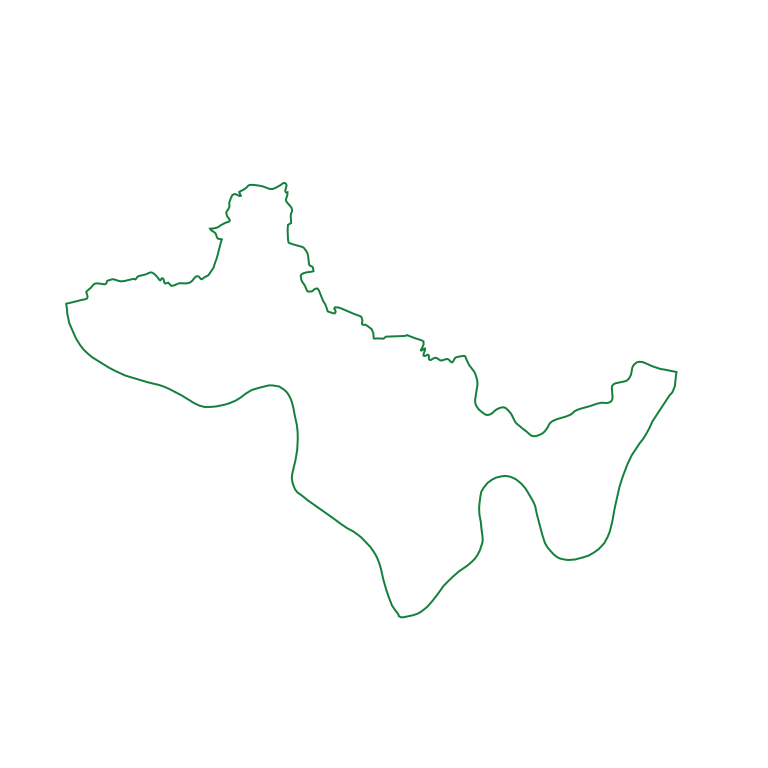 Can Duoc, Long An, Vietnam, rotated 343°
{"feature_id": "81297802B37514703849012", "entity_name": "Can Duoc", "entity_type": "district", "adm_level": 2, "iso_a3": "VNM", "parent_name": "Vietnam", "parent_adm1": "Long An", "projection": "albers", "projection_center": [106.601, 10.538], "detail": "fine", "context": "isolated", "style": "outline", "palette": "green", "viewbox_px": 768, "rotation_deg": 343, "n_neighbors": 0, "source": "geoboundaries", "source_scale": "gbopen_adm2", "svg_char_len": 6166}
<svg xmlns="http://www.w3.org/2000/svg" viewBox="0 0 768 768"><g transform="rotate(343 384 384)"><path d="M102.7,250.1L104.9,258.4L106.5,262.6L109.3,267.8L112.9,273.3L125.8,288.0L131.1,293.2L139.2,300.4L158.6,313.3L168.5,319.1L172.2,321.7L176.8,325.6L187.3,335.9L196.4,346.3L201.0,350.6L205.5,353.4L211.3,355.2L217.1,356.4L225.9,357.2L231.1,357.2L237.3,356.5L243.1,355.0L248.8,352.8L255.8,351.1L263.2,351.1L273.1,351.6L276.6,352.6L283.0,355.7L286.7,360.1L288.6,363.3L289.7,366.9L290.5,371.3L290.6,375.2L290.3,380.9L289.5,387.8L288.7,397.5L287.4,404.5L285.5,411.2L281.7,421.7L277.1,430.9L269.9,443.2L268.2,447.4L267.7,451.5L267.7,453.9L268.1,458.8L269.6,462.5L272.8,466.6L277.0,472.8L296.2,497.6L302.3,505.8L306.6,511.1L311.4,515.9L315.4,521.1L317.5,524.3L323.4,536.0L324.9,540.8L326.1,545.1L326.8,549.9L327.1,554.5L327.0,560.3L326.2,570.3L326.0,580.2L326.2,588.9L326.9,598.2L328.3,602.8L330.2,607.8L330.4,609.0L330.3,610.4L330.7,610.6L331.7,611.7L332.8,612.4L334.8,612.8L338.1,613.1L344.0,613.6L349.0,613.5L353.3,612.5L359.8,609.9L366.3,606.0L373.2,601.2L381.9,594.5L387.8,591.3L395.2,587.6L401.2,585.0L410.7,582.0L415.2,580.1L419.9,577.6L423.7,574.6L427.3,570.8L431.6,564.6L432.7,562.3L433.7,558.1L434.8,551.2L436.2,544.5L437.1,536.6L438.8,530.0L440.9,525.0L443.4,519.5L445.7,515.3L449.0,512.3L454.3,508.8L459.6,507.0L464.0,506.3L468.8,506.6L473.0,507.3L477.6,509.5L482.3,513.7L486.4,519.8L488.9,525.6L492.2,539.3L492.9,544.8L492.1,553.4L491.3,573.9L491.4,583.1L492.7,588.4L496.1,596.0L499.0,600.3L501.5,602.5L504.9,604.4L508.2,606.0L515.3,607.7L524.2,608.0L529.5,607.9L535.3,606.6L541.0,604.7L548.3,600.5L553.0,595.8L556.8,591.1L562.2,582.1L568.4,570.0L579.1,551.2L585.2,542.4L593.2,532.1L599.9,524.7L611.2,515.4L615.6,512.4L619.9,508.7L624.5,504.2L629.7,498.3L653.9,478.2L657.3,476.3L661.6,471.1L663.4,466.5L667.2,458.0L655.8,451.9L652.8,450.5L645.7,445.4L641.3,441.5L637.5,438.5L634.6,437.4L632.2,437.2L629.5,438.2L627.7,439.3L626.2,441.0L624.6,444.2L622.8,447.5L619.9,450.4L617.5,451.6L615.9,451.9L605.6,451.0L603.7,451.3L602.7,451.8L601.7,452.5L600.8,454.0L598.6,463.9L597.6,465.7L596.2,466.9L594.5,467.5L591.7,467.4L587.4,465.8L585.6,465.4L582.0,465.1L574.3,465.4L565.3,465.1L561.5,465.2L558.2,465.8L555.3,467.3L552.5,468.0L548.4,468.3L538.9,468.2L534.6,468.7L532.7,469.3L531.0,470.2L529.7,471.3L527.7,473.5L523.9,476.3L521.3,477.5L518.7,478.0L514.3,478.3L512.3,477.8L510.8,477.1L509.7,476.3L508.2,474.2L506.5,471.3L503.9,467.7L498.9,460.1L498.1,457.2L497.1,450.8L496.4,448.4L494.7,444.9L493.3,442.5L491.7,441.4L490.2,440.9L487.4,440.7L484.0,441.3L481.6,442.2L479.4,443.4L476.9,444.1L474.4,444.0L472.7,443.4L471.3,442.0L469.0,438.9L467.2,436.0L466.2,433.2L465.7,430.7L465.7,428.9L466.7,425.3L473.3,411.8L474.1,408.4L474.3,406.4L474.3,401.5L473.8,398.4L470.9,390.6L470.0,384.6L469.8,381.6L469.3,380.8L468.0,380.3L463.2,379.7L461.0,379.6L459.6,379.8L456.7,382.6L455.6,383.2L454.8,382.8L454.2,382.0L453.6,380.5L452.9,379.5L452.1,378.8L451.2,378.4L446.7,378.4L445.2,378.2L444.2,377.3L442.1,374.6L440.9,374.0L439.6,373.8L435.7,374.7L434.7,374.3L434.3,373.5L434.4,372.5L435.2,370.4L434.9,369.1L434.5,368.8L433.7,368.8L431.9,369.2L430.5,368.9L430.2,368.6L430.4,367.2L433.0,363.8L433.6,362.1L433.2,361.9L430.5,362.9L429.6,362.9L429.2,362.7L429.5,361.9L431.3,360.3L433.5,357.6L434.2,354.8L432.5,353.0L427.2,349.4L420.3,344.0L418.8,344.2L417.1,343.9L399.6,339.3L396.9,340.5L391.4,338.6L387.8,337.7L387.6,337.0L388.6,332.3L388.4,329.5L388.2,327.9L384.7,323.1L383.5,321.9L381.4,321.3L380.5,320.4L380.6,319.7L381.9,317.0L382.0,314.8L381.8,312.9L380.7,311.9L375.2,307.7L364.4,298.6L361.9,297.0L360.4,296.8L359.8,296.3L359.1,296.6L358.6,297.3L358.5,298.0L359.0,299.1L358.8,301.0L357.8,302.0L356.6,301.7L354.2,300.2L351.4,298.1L351.4,294.9L351.1,290.7L350.0,286.3L349.1,275.5L348.5,273.6L348.2,273.2L347.1,272.9L345.6,272.9L343.9,273.6L342.8,274.2L341.4,274.2L339.1,273.7L338.3,273.2L337.7,272.5L337.2,267.8L336.5,264.6L335.9,263.3L335.4,260.2L335.9,256.7L336.3,255.6L338.0,254.8L339.9,254.5L342.6,254.6L347.3,255.4L349.5,255.5L349.9,253.6L350.0,251.8L349.8,250.9L348.3,249.7L347.6,248.8L347.3,247.6L348.7,240.2L349.0,237.2L348.7,234.6L347.1,230.3L346.3,229.3L345.1,228.5L337.6,223.7L334.3,221.2L334.1,220.3L334.5,217.5L336.6,209.5L337.5,206.7L338.7,203.7L342.2,203.0L343.9,196.1L344.8,194.1L346.8,191.6L347.1,189.7L347.0,188.0L344.2,181.6L343.9,180.1L344.2,178.9L347.1,174.5L347.7,172.5L347.2,172.6L346.6,172.4L346.1,171.7L345.9,171.1L346.0,170.4L348.5,166.3L348.9,165.4L348.9,164.7L348.8,164.0L348.4,163.3L347.6,162.6L346.2,162.5L342.6,163.7L338.7,164.5L336.3,164.9L334.4,164.9L332.6,164.4L331.1,163.6L326.6,160.1L322.8,157.9L317.8,155.6L314.9,154.6L313.7,154.4L312.5,154.5L310.9,155.3L309.6,156.1L306.6,157.1L303.0,157.7L301.6,158.1L302.1,162.1L301.0,162.1L298.5,159.8L297.4,159.1L296.3,158.6L294.2,159.0L292.1,161.2L289.1,165.3L288.6,166.3L288.5,167.8L288.0,169.3L286.1,171.4L283.9,173.1L283.1,174.4L283.1,177.8L284.5,181.9L284.2,182.7L283.8,183.1L283.0,183.4L279.3,183.5L276.7,184.0L274.1,184.5L271.4,185.5L269.0,185.6L267.2,185.5L263.1,184.6L263.5,186.1L264.9,187.9L266.2,189.4L266.9,190.5L267.1,192.6L267.1,195.1L267.3,195.5L267.9,196.6L271.2,198.3L269.1,201.3L261.0,214.6L257.0,219.9L254.8,223.1L248.5,228.2L247.4,228.8L244.1,229.3L240.5,230.5L240.0,230.4L239.6,230.1L238.3,227.2L237.5,226.5L236.7,226.2L235.5,226.3L234.0,227.0L232.2,228.3L230.2,229.5L228.3,230.2L225.7,230.2L224.0,229.9L218.1,227.9L216.7,227.8L212.2,228.3L211.2,228.3L209.2,227.9L207.3,224.0L204.4,224.0L203.9,223.8L203.6,223.2L203.8,219.7L203.6,218.8L203.2,218.2L202.8,218.0L202.3,218.0L200.7,219.4L200.3,219.5L199.7,218.8L198.7,215.9L197.3,212.9L195.9,210.8L194.6,209.6L193.4,209.0L191.2,209.1L188.6,209.5L180.9,209.1L179.8,209.3L176.9,211.3L175.1,210.2L165.8,209.6L162.7,209.0L160.1,207.7L158.8,206.6L156.1,204.9L154.9,204.4L149.6,204.4L149.2,204.7L148.1,206.3L147.4,206.9L145.6,206.9L141.6,204.9L138.7,203.8L137.2,203.5L135.6,203.8L131.8,206.2L126.9,208.4L126.1,209.0L126.1,210.3L126.3,211.5L126.0,213.9L125.7,214.6L124.6,215.5L122.9,215.6L120.5,215.3L108.9,214.7L103.6,214.3L103.4,214.8L102.7,219.8L101.7,224.1L100.8,233.8L102.7,250.1Z" fill="none" stroke="#15803d" stroke-width="2"/></g></svg>